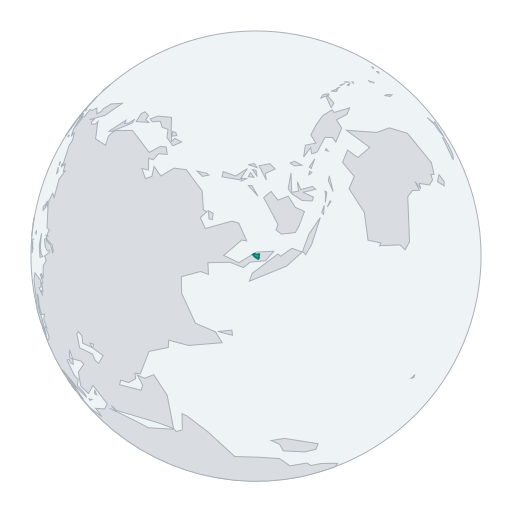 the Earth from above Kelantan, rotated 284°
{"feature_id": "MYS-1144", "entity_name": "Kelantan", "entity_type": "State", "adm_level": 1, "iso_a3": "MYS", "parent_name": "Malaysia", "parent_adm1": "", "projection": "orthographic", "projection_center": [101.974, 5.407], "detail": "fine", "context": "on_globe", "style": "filled", "palette": "teal", "viewbox_px": 512, "rotation_deg": 284, "n_neighbors": 0, "source": "natural_earth", "source_scale": "10m", "svg_char_len": 9484}
<svg xmlns="http://www.w3.org/2000/svg" viewBox="0 0 512 512"><g transform="rotate(284 256 256)"><circle cx="256" cy="256" r="225" fill="#eef3f6" stroke="#a8b0b8"/><path d="M467.8,322.3L467.4,323.9L467.2,324.1L467.8,322.3ZM382.0,69.2L386.9,72.9L378.2,66.7L382.0,69.2ZM371.1,62.4L372.5,63.3L368.2,60.8L366.8,60.3L361.4,57.4L354.8,53.6L351.2,51.9L353.0,53.2L348.8,51.7L346.7,50.0L339.1,47.4L326.6,42.1L326.4,42.0L341.8,47.7L356.7,54.5L371.1,62.4ZM367.5,60.8L369.4,61.9L367.9,61.2L367.5,60.8ZM358.3,56.5L355.3,55.4L357.2,55.8L358.3,56.5ZM352.8,54.4L345.7,52.5L349.2,54.6L335.1,48.3L345.9,51.5L347.7,51.4L349.4,52.7L352.8,54.4ZM328.5,45.4L325.7,44.6L327.3,44.7L328.5,45.4ZM76.8,119.4L77.1,119.2L75.9,121.1L68.8,130.8L62.9,145.2L69.4,137.3L71.0,146.2L76.6,147.4L91.1,129.1L82.0,126.7L87.4,117.5L100.3,111.7L109.3,115.1L111.7,111.7L111.9,103.0L120.0,97.8L112.6,99.7L111.2,103.3L106.6,104.9L107.6,101.7L110.4,99.8L109.4,97.8L96.3,108.5L93.4,113.3L87.0,114.1L81.6,122.5L77.7,126.0L85.5,113.2L89.3,108.8L98.8,95.7L94.2,100.1L85.0,113.2L85.2,111.9L78.9,119.2L83.9,112.7L95.2,98.4L94.4,99.0L107.6,86.5L121.8,75.1L122.4,74.8L133.9,67.0L135.8,66.1L128.4,70.7L123.6,74.3L126.1,75.2L129.1,73.8L136.4,68.9L136.1,70.3L142.9,65.5L148.5,64.8L147.3,62.1L155.8,57.4L163.8,54.6L166.4,52.9L153.4,57.6L148.4,60.1L144.4,62.9L130.7,70.6L128.0,71.7L141.6,62.5L139.3,63.4L150.9,56.8L178.9,46.4L186.2,45.6L180.5,52.8L173.9,55.0L172.7,53.2L166.0,58.6L170.3,56.3L170.1,57.8L178.2,54.6L178.5,55.6L185.8,51.3L187.0,52.1L182.4,54.8L195.4,51.9L200.2,53.5L203.0,52.5L204.7,50.9L209.7,54.5L211.5,53.7L210.6,52.1L213.7,49.5L221.1,46.7L222.5,48.1L220.0,49.3L216.7,54.3L209.8,57.9L211.1,58.3L217.4,55.6L221.4,49.3L225.5,47.3L224.5,49.9L225.2,48.8L227.7,48.3L231.3,49.2L232.8,46.4L258.0,41.4L267.6,43.6L263.9,46.0L282.9,46.3L292.3,50.3L291.4,48.6L299.9,48.6L297.1,47.3L297.3,46.6L317.9,47.9L323.8,49.9L331.7,50.0L331.2,49.3L327.3,47.8L335.1,48.3L349.2,54.6L349.5,55.7L358.1,59.6L357.6,61.8L361.1,65.9L355.4,67.1L358.7,70.9L361.8,72.1L368.5,78.7L371.8,89.4L355.8,75.2L348.1,61.5L350.1,66.2L345.7,63.8L344.0,64.9L345.7,68.8L348.4,70.0L330.8,72.0L327.1,83.2L337.0,83.9L343.6,88.7L348.0,105.7L330.7,127.3L339.3,136.8L340.0,142.6L333.1,145.3L331.8,136.8L324.5,133.0L324.8,128.2L313.3,130.8L313.3,124.1L304.3,130.0L308.1,135.7L318.3,135.4L310.6,144.3L321.4,155.2L322.9,167.5L306.0,188.1L288.1,193.7L287.1,197.7L279.9,192.6L270.4,200.1L284.1,224.4L283.7,231.3L268.4,243.4L268.0,238.2L248.8,224.6L245.3,240.9L259.9,255.5L264.9,272.1L253.7,266.4L248.6,251.8L241.8,246.6L243.6,232.3L237.9,210.9L226.7,214.3L227.5,205.9L217.9,188.5L201.8,192.9L176.1,213.5L172.6,235.0L163.7,244.1L152.9,212.2L153.2,191.6L146.0,193.0L137.6,175.3L113.6,172.2L113.1,166.9L107.9,168.9L102.4,163.1L102.8,154.7L98.1,154.8L98.0,177.1L103.3,177.3L111.8,169.6L110.4,177.6L116.1,185.4L99.4,203.5L68.6,217.8L70.5,201.6L72.5,157.7L75.2,153.3L75.4,152.8L75.8,151.8L70.9,159.0L72.9,150.8L66.5,180.3L63.3,193.1L68.1,218.7L66.4,221.0L69.4,226.6L85.1,222.4L84.1,227.7L73.7,251.9L56.3,284.0L61.5,307.8L65.1,327.8L60.6,339.7L67.4,355.4L66.0,360.1L70.2,368.9L72.7,377.6L74.5,385.4L70.7,383.8L65.4,375.7L55.8,359.2L52.4,352.5L46.0,337.7L40.7,322.5L36.5,306.9L35.8,303.4L33.3,289.9L32.8,286.3L31.2,270.2L30.7,254.2L31.4,238.1L33.3,222.1L36.3,206.3L40.4,190.7L45.6,175.5L51.9,160.7L59.2,146.4L67.5,132.6L76.8,119.4ZM113.8,129.4L122.5,131.7L127.3,119.7L131.1,119.9L131.3,116.1L127.6,118.9L129.5,108.8L136.4,106.5L139.8,101.9L137.1,101.0L124.2,107.1L121.3,121.1L115.6,125.3L113.8,129.4ZM233.9,31.8L224.9,33.0L223.4,33.1L222.5,33.2L220.7,33.5L233.9,31.8ZM239.9,31.3L239.0,31.4L232.0,32.1L233.9,31.8L239.9,31.3ZM78.8,117.7L78.6,118.3L79.4,118.2L75.5,123.1L78.8,117.7ZM86.2,107.9L86.7,107.5L81.5,113.7L81.7,113.3L86.2,107.9ZM91.4,102.3L87.2,107.0L89.6,104.2L91.4,102.3ZM129.3,70.3L130.4,69.9L128.8,71.1L126.1,72.8L129.3,70.3ZM204.8,38.1L206.8,37.3L208.2,37.1L215.5,35.3L217.2,35.4L213.4,36.6L204.8,38.1ZM87.0,131.8L82.8,135.0L83.1,133.0L84.5,132.3L87.0,131.8ZM76.9,128.6L77.1,131.6L75.8,129.9L76.9,128.6ZM207.9,37.9L210.7,37.1L209.8,37.7L207.9,37.9ZM218.8,35.5L218.5,36.1L218.3,35.3L218.8,35.5ZM174.8,436.1L179.5,438.8L176.3,438.7L174.8,436.1ZM85.9,327.7L88.9,361.6L83.0,361.0L77.6,350.4L73.5,329.6L79.0,324.5L80.6,315.3L85.9,327.7ZM320.9,313.3L327.5,314.6L327.2,315.6L320.9,313.3ZM314.1,309.3L321.7,310.0L312.7,311.5L314.1,309.3ZM324.6,310.3L332.3,308.7L335.7,307.2L335.0,309.3L324.6,310.3ZM308.9,309.1L280.5,307.2L269.2,303.8L271.9,300.1L290.2,302.1L308.9,309.1ZM271.0,299.9L253.7,288.2L229.9,255.6L238.4,256.6L263.3,276.8L261.8,280.0L272.2,289.1L271.0,299.9ZM312.7,282.4L311.0,292.2L295.4,290.5L288.3,288.5L283.4,275.4L286.1,269.2L292.0,269.7L314.5,249.3L322.3,255.0L315.5,263.8L321.9,272.8L312.7,282.4ZM173.5,237.1L178.2,250.5L173.4,252.3L173.5,237.1ZM323.4,234.8L314.4,243.6L322.5,231.6L323.4,234.8ZM328.1,223.4L328.7,228.2L325.0,223.4L328.1,223.4ZM287.0,204.1L280.9,204.8L280.6,201.5L288.4,198.7L287.0,204.1ZM324.1,178.3L324.3,187.6L323.2,190.7L320.3,184.9L324.1,178.3ZM226.2,42.4L214.1,44.2L206.5,46.7L203.9,49.3L202.3,46.8L214.0,43.1L226.2,42.4ZM253.9,41.1L256.1,39.5L258.6,40.2L258.5,40.7L253.9,41.1ZM252.8,40.2L248.9,38.4L252.4,37.5L254.8,39.0L252.8,40.2ZM227.9,36.9L224.2,37.3L225.1,36.6L227.9,36.9ZM416.0,408.5L416.0,410.2L409.7,416.3L402.0,422.5L396.9,424.2L416.0,408.5ZM369.6,421.6L372.0,414.1L379.2,413.9L374.0,420.3L369.6,421.6ZM421.2,403.8L426.9,397.2L431.7,388.6L427.9,396.5L429.4,397.0L417.1,409.7L421.2,403.8ZM350.2,388.9L307.0,401.5L298.1,399.2L301.6,393.0L295.9,373.4L298.9,374.0L298.4,360.9L324.6,350.5L343.8,330.0L357.0,332.1L367.8,317.3L380.9,319.2L376.2,331.1L388.8,340.1L399.9,313.4L405.1,343.2L412.6,354.4L411.7,373.3L389.0,403.6L378.3,409.0L377.4,406.0L372.6,408.9L366.9,407.2L365.9,396.8L361.1,399.7L366.7,392.3L359.4,398.7L357.4,392.0L350.2,388.9ZM442.9,342.4L444.1,343.4L445.3,348.9L443.3,347.7L442.9,342.4ZM464.3,328.0L464.2,330.5L463.1,331.0L464.3,328.0ZM467.2,324.1L466.0,324.9L467.8,322.3L467.2,324.1ZM452.8,326.0L453.2,327.9L452.5,328.5L452.8,326.0ZM452.3,325.3L453.5,322.4L453.0,325.4L452.3,325.3ZM447.1,308.6L448.1,307.2L448.4,308.4L447.1,308.6ZM337.2,315.3L346.5,308.1L351.5,307.7L337.2,315.3ZM446.0,305.3L443.7,304.7L444.0,303.2L446.0,305.3ZM446.4,301.6L446.3,299.4L447.4,304.7L446.4,301.6ZM442.1,296.2L444.8,300.4L441.7,296.7L442.1,296.2ZM440.3,296.6L438.2,294.7L438.3,294.0L440.3,296.6ZM414.2,297.2L422.4,311.0L415.4,310.0L407.6,301.2L400.8,308.2L385.9,305.9L389.5,301.5L387.7,294.2L371.8,290.2L368.6,285.4L374.4,282.7L363.6,278.3L375.4,277.1L380.1,286.8L386.7,279.9L397.7,282.6L408.2,286.7L416.3,294.5L414.2,297.2ZM375.2,297.9L377.2,298.0L375.3,300.8L375.2,297.9ZM434.1,288.9L437.2,293.9L436.7,295.0L435.2,294.2L434.1,288.9ZM418.2,293.0L427.0,286.0L429.0,286.4L423.1,294.7L418.2,293.0ZM425.0,280.7L429.0,282.2L430.9,286.9L430.1,288.0L425.0,280.7ZM351.2,287.4L350.6,290.0L347.5,287.8L351.2,287.4ZM355.2,286.2L364.5,289.6L354.3,288.3L355.2,286.2ZM326.4,275.2L329.2,281.6L338.1,278.2L331.3,283.4L337.2,294.0L335.1,297.8L329.3,286.3L327.0,297.6L323.0,297.2L321.0,287.3L325.1,275.6L329.0,271.0L345.0,269.9L326.4,275.2ZM355.2,278.6L352.7,271.2L354.5,266.6L357.3,270.5L355.2,278.6ZM345.1,253.6L338.3,245.0L332.2,247.7L344.3,237.2L348.9,247.1L345.1,253.6ZM339.1,235.3L333.4,237.8L339.1,231.6L339.1,235.3ZM331.9,235.0L331.1,229.3L335.6,230.4L331.9,235.0ZM342.0,235.8L342.8,226.4L345.3,232.1L342.0,235.8ZM328.7,216.8L338.7,226.5L326.0,221.8L324.6,203.9L330.0,203.8L328.7,216.8ZM353.7,150.1L352.0,145.5L356.6,144.9L356.5,148.2L353.7,150.1ZM370.1,140.5L357.3,143.3L346.7,146.4L350.4,148.7L348.7,156.3L342.8,148.6L349.6,140.9L357.7,140.0L358.1,133.9L363.6,130.5L361.2,122.9L363.3,120.1L368.0,126.9L370.1,140.5ZM359.7,119.7L357.4,107.3L366.5,110.2L369.1,113.5L366.3,117.8L361.7,116.0L359.7,119.7ZM359.5,105.3L355.0,103.6L342.0,85.9L341.6,83.1L356.2,97.0L352.8,96.4L354.3,100.5L359.5,105.3ZM327.0,45.4L325.9,44.7L328.4,45.6L327.0,45.4ZM295.6,45.9L296.3,45.1L299.2,45.9L295.6,45.9ZM299.9,43.5L296.2,43.1L299.6,42.9L299.9,43.5ZM287.8,42.6L294.4,42.7L288.9,43.5L287.8,42.6Z" fill="#d9dde1" stroke="#a8b0b8" stroke-width="1"/><path d="M255.3,254.7L255.5,254.5L255.6,254.4L255.8,254.2L255.8,253.9L255.8,253.7L256.2,253.4L256.3,253.3L256.4,253.2L256.4,252.9L256.4,252.7L256.5,252.7L256.7,252.9L256.8,252.9L256.8,252.7L256.9,252.8L257.3,252.9L257.4,253.0L257.6,253.1L258.1,254.1L258.1,254.4L257.8,254.7L257.6,254.9L257.7,255.1L257.7,255.3L257.7,255.5L257.7,255.8L257.7,256.0L257.8,256.1L257.8,256.4L257.7,256.4L257.7,256.7L257.7,256.8L257.8,256.9L257.9,257.0L258.0,257.0L258.1,257.3L258.1,257.5L258.1,257.8L258.1,258.0L258.3,258.0L258.6,258.1L258.6,258.3L258.7,258.5L258.4,258.6L258.5,258.7L258.5,258.8L258.4,258.8L258.3,258.7L258.2,258.7L258.2,258.8L257.9,258.8L257.9,258.7L257.7,258.7L257.6,258.8L257.4,259.0L257.2,258.9L257.1,259.0L256.9,259.0L256.8,258.9L256.6,258.7L256.3,258.6L256.2,258.6L255.9,258.6L255.9,258.9L255.8,259.0L255.7,259.1L255.7,258.9L255.5,258.7L255.4,258.7L255.2,258.6L255.2,258.8L255.2,259.0L254.9,259.2L254.8,259.3L254.7,259.3L254.4,259.3L254.4,259.2L254.2,259.2L254.1,259.3L253.9,259.2L253.7,259.1L253.5,258.8L253.7,258.7L253.8,258.5L253.8,258.4L253.8,258.2L254.0,258.1L254.0,257.8L253.9,257.8L253.9,257.7L254.0,257.6L254.0,257.4L254.1,257.2L254.1,256.9L254.2,256.7L254.3,256.5L254.4,256.4L254.5,256.4L254.5,256.2L254.8,256.2L254.8,256.3L254.9,256.2L255.0,256.2L255.1,255.9L255.1,255.7L254.9,255.6L254.8,255.4L254.9,255.2L254.8,254.9L254.9,254.6L255.0,254.5L255.3,254.7Z" fill="#14b8a6" stroke="#0f766e" stroke-width="1.5"/></g></svg>